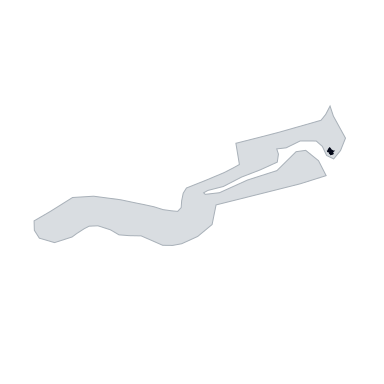 Serrekunda East, Banjul, Gambia (highlighted), rotated 165°
{"feature_id": "56634734B18055278254530", "entity_name": "Serrekunda East", "entity_type": "district", "adm_level": 2, "iso_a3": "GMB", "parent_name": "Gambia", "parent_adm1": "Banjul", "projection": "natural_earth1", "projection_center": [-16.66, 13.41], "detail": "fine", "context": "in_parent", "style": "filled", "palette": "ink", "viewbox_px": 384, "rotation_deg": 165, "n_neighbors": 0, "source": "geoboundaries", "source_scale": "gbopen_adm2", "svg_char_len": 2198}
<svg xmlns="http://www.w3.org/2000/svg" viewBox="0 0 384 384"><g transform="rotate(165 192 192)"><path d="M58.2,173.1L85.6,171.9L118.8,172.4L155.0,173.0L172.1,173.3L181.0,155.4L198.0,147.6L215.4,144.7L224.5,145.4L234.1,148.1L252.5,162.8L264.0,166.1L273.6,169.5L280.6,176.6L291.6,183.7L300.2,185.6L305.4,184.5L313.9,181.8L319.5,179.6L337.9,178.7L351.4,186.9L354.2,195.8L352.0,205.0L333.9,209.9L308.8,217.6L288.1,213.4L262.8,202.9L248.0,195.4L241.9,192.4L232.6,187.6L224.6,182.5L216.8,179.2L210.9,177.0L206.5,179.7L204.3,186.1L200.8,193.1L196.3,197.3L175.1,199.8L156.1,202.4L145.9,204.6L139.1,206.3L137.0,227.7L115.5,227.4L94.3,227.2L72.4,227.5L48.8,227.9L42.8,232.3L36.4,239.3L35.8,228.7L29.8,204.3L37.8,193.6L46.6,187.3L52.5,192.4L54.3,202.3L58.8,209.1L74.3,213.3L89.6,210.3L99.0,211.7L98.7,206.2L101.9,198.8L120.5,195.7L140.2,193.6L160.4,189.2L176.2,189.4L181.0,188.2L179.8,186.3L165.6,184.2L135.3,189.2L104.4,190.7L81.0,204.0L71.4,202.8L61.7,189.5L58.2,173.1Z" fill="#d9dde1" stroke="#a8b0b8" stroke-width="1"/><path d="M45.9,192.6L45.9,192.8L46.1,193.4L46.1,193.6L46.1,194.0L46.1,194.3L45.8,194.6L45.4,194.7L45.2,194.7L45.0,194.8L45.3,194.9L45.3,195.0L45.2,195.0L45.3,195.0L45.5,195.2L45.7,195.3L45.8,195.4L45.8,195.5L46.0,195.6L46.2,195.8L46.4,195.7L46.4,195.8L46.4,196.0L46.5,196.0L46.5,195.9L46.6,196.0L46.7,196.3L46.7,196.2L46.8,196.2L46.8,196.3L47.0,196.3L47.0,196.6L47.0,196.8L47.0,197.0L47.1,197.3L47.1,197.5L47.2,197.8L47.3,198.0L47.4,198.3L47.6,198.7L47.7,198.8L48.1,198.4L48.4,198.3L48.5,198.2L49.2,197.5L49.2,197.1L49.2,196.9L49.4,196.8L49.4,196.7L49.5,196.7L49.7,196.4L49.8,196.4L50.0,196.4L50.0,196.5L50.0,196.4L50.3,196.4L50.3,196.2L50.2,196.2L50.0,195.9L49.9,195.8L49.6,195.9L49.6,195.7L49.4,195.5L49.2,195.5L49.1,195.4L49.1,195.2L48.9,195.1L48.7,195.1L48.4,195.1L48.4,194.9L48.3,194.7L48.2,194.7L48.2,194.4L48.3,194.3L48.5,194.3L48.5,194.2L48.7,193.9L48.4,193.9L48.4,193.7L48.3,193.8L48.2,193.8L48.0,193.7L48.2,193.4L48.2,193.2L47.9,193.2L47.8,192.9L47.8,192.7L47.9,192.4L47.7,192.4L47.7,192.5L47.4,192.7L47.2,192.6L47.0,192.4L46.9,192.4L46.8,192.5L46.7,192.4L46.4,192.4L46.3,192.5L46.2,192.5L45.9,192.6L45.9,192.6Z" fill="#0f172a" stroke="#020617" stroke-width="1.5"/></g></svg>